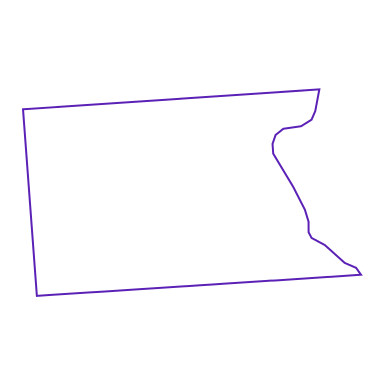 outline of Campbell, South Dakota, United States of America, rotated 176°
{"feature_id": "52423323B49875103288406", "entity_name": "Campbell", "entity_type": "district", "adm_level": 2, "iso_a3": "USA", "parent_name": "United States of America", "parent_adm1": "South Dakota", "projection": "equal_earth", "projection_center": [-100.191, 45.769], "detail": "fine", "context": "isolated", "style": "outline", "palette": "violet", "viewbox_px": 384, "rotation_deg": 176, "n_neighbors": 0, "source": "geoboundaries", "source_scale": "gbopen_adm2", "svg_char_len": 648}
<svg xmlns="http://www.w3.org/2000/svg" viewBox="0 0 384 384"><g transform="rotate(176 192 192)"><path d="M354.0,99.2L341.6,99.2L341.0,99.2L340.6,99.2L303.9,99.0L286.7,98.8L251.0,98.7L234.5,98.6L208.1,98.5L201.8,98.4L191.7,98.4L190.9,98.4L177.9,98.3L173.6,98.3L165.8,98.3L122.6,98.1L122.2,98.1L118.7,98.1L118.2,98.0L114.5,97.9L66.2,97.8L62.1,97.8L60.4,97.7L57.8,97.7L44.4,97.7L29.2,97.7L33.6,104.9L44.6,110.6L63.2,129.8L75.9,137.8L78.5,143.7L77.8,154.2L80.6,166.4L90.7,190.1L108.3,224.6L108.3,234.4L104.6,243.1L96.5,248.7L78.6,250.0L67.7,255.8L63.4,264.1L57.8,285.5L354.8,286.3L354.0,99.2Z" fill="none" stroke="#5b21b6" stroke-width="2"/></g></svg>